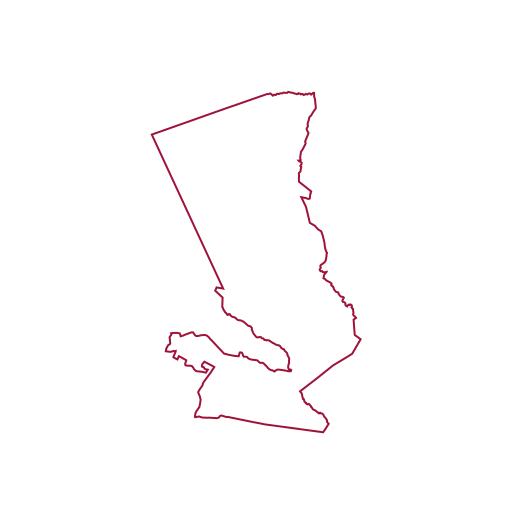 Buuri, Eastern, Kenya (Robinson projection), rotated 124°
{"feature_id": "3690345B42438423970575", "entity_name": "Buuri", "entity_type": "district", "adm_level": 2, "iso_a3": "KEN", "parent_name": "Kenya", "parent_adm1": "Eastern", "projection": "robinson", "projection_center": [37.421, 0.09], "detail": "fine", "context": "isolated", "style": "outline", "palette": "rose", "viewbox_px": 512, "rotation_deg": 124, "n_neighbors": 0, "source": "geoboundaries", "source_scale": "gbopen_adm2", "svg_char_len": 6135}
<svg xmlns="http://www.w3.org/2000/svg" viewBox="0 0 512 512"><g transform="rotate(124 256 256)"><path d="M364.6,101.8L361.1,101.7L354.5,101.9L354.0,103.9L353.7,104.5L353.1,104.7L352.7,105.0L352.0,106.3L351.8,107.1L351.4,107.8L351.1,109.4L350.5,110.5L350.0,111.2L349.6,112.9L349.8,113.6L350.2,114.0L350.1,115.3L351.2,115.6L351.4,116.1L351.1,116.7L351.1,118.3L351.0,118.8L350.9,120.1L351.0,120.6L351.1,122.1L351.3,123.2L350.5,124.7L350.3,126.0L349.9,126.2L349.1,129.0L349.2,129.7L349.8,129.9L350.2,130.2L350.3,131.9L349.7,132.3L349.9,133.0L349.6,134.5L348.5,135.6L347.9,136.5L348.2,137.2L347.2,138.1L346.3,139.4L344.6,140.8L344.3,141.4L344.1,142.3L343.6,143.8L322.1,136.7L303.5,130.9L289.6,124.4L283.2,121.6L266.5,122.7L266.3,127.2L266.3,129.7L265.5,130.6L254.2,139.5L253.6,139.4L251.4,138.4L251.1,138.8L251.1,139.5L250.8,140.4L250.7,141.7L250.4,142.5L249.9,143.0L249.4,143.1L248.5,143.5L246.5,145.3L246.1,145.5L245.6,146.0L245.7,146.8L245.2,147.3L245.2,148.1L243.7,148.6L243.4,149.0L243.3,150.6L243.8,151.1L244.4,151.1L244.5,151.9L246.3,152.5L246.8,152.3L246.9,153.3L246.7,154.2L246.4,154.7L245.7,155.0L245.3,155.4L245.0,156.0L245.0,157.6L245.4,158.2L245.2,158.9L244.7,159.4L244.0,159.6L241.5,159.8L241.3,160.4L241.4,161.3L242.1,162.7L242.1,163.7L241.3,166.2L240.3,167.2L240.3,167.9L240.7,168.6L240.9,169.1L240.9,169.8L240.6,171.2L239.8,173.1L239.0,173.7L238.8,174.5L238.4,174.9L238.2,175.4L238.4,176.6L238.3,177.1L237.9,177.5L237.0,177.6L236.5,178.2L236.4,180.0L236.7,181.6L236.8,183.4L237.0,184.2L236.6,185.2L236.5,186.0L236.7,187.1L236.6,187.8L235.9,187.9L234.3,188.7L233.0,189.0L231.1,188.8L230.4,188.6L229.8,188.7L231.3,190.2L232.0,191.8L231.6,192.8L232.4,193.8L232.3,194.7L231.9,195.4L231.4,195.7L229.5,195.7L228.6,196.9L228.1,197.2L227.1,197.2L225.2,196.4L223.0,195.7L220.7,195.7L217.0,197.3L215.3,198.4L213.7,198.8L213.6,199.4L213.2,200.1L212.5,200.7L211.8,202.1L209.6,204.3L207.0,206.4L204.1,209.5L201.5,212.4L199.1,215.7L199.2,219.5L198.6,222.1L198.0,223.9L198.4,229.9L187.4,241.9L181.9,251.3L180.2,247.4L179.5,244.8L179.2,244.2L178.5,243.6L177.9,243.7L174.7,245.5L173.2,245.7L172.8,246.2L171.6,246.4L170.4,261.8L168.4,263.4L165.2,265.3L163.8,266.6L162.6,266.8L161.6,266.4L160.9,266.5L158.4,267.7L156.8,268.3L156.8,269.2L156.4,269.7L154.6,269.6L153.3,270.2L153.0,270.8L153.3,273.5L153.1,274.1L152.0,272.7L151.5,272.6L150.1,274.1L148.5,275.1L145.6,276.4L144.6,277.0L142.2,276.9L135.7,277.6L134.6,278.0L133.8,279.1L133.3,279.4L125.4,281.0L124.8,281.2L124.3,281.7L124.1,282.6L122.5,285.0L121.9,285.3L119.3,285.5L117.7,287.1L113.0,288.6L112.0,289.1L110.7,289.3L108.7,288.9L104.3,289.1L100.2,289.0L98.6,290.1L92.9,294.9L92.0,296.0L91.3,297.0L89.8,298.0L88.3,299.1L88.7,299.8L89.6,299.9L90.2,300.2L91.2,300.4L91.4,300.9L91.0,301.5L91.1,302.1L91.4,302.6L92.3,303.5L93.4,303.8L93.8,305.5L94.6,305.6L95.9,306.5L95.7,307.2L95.7,308.0L96.1,308.6L96.6,308.8L96.9,309.2L96.7,310.0L97.3,311.7L97.9,311.6L98.1,312.1L99.0,312.6L99.4,314.2L99.7,314.7L100.2,316.9L101.2,318.8L101.6,320.3L102.0,321.1L103.3,321.4L103.8,322.0L105.2,324.6L106.5,325.2L106.9,325.7L107.2,326.4L108.4,327.5L108.9,327.6L109.3,328.2L109.5,329.0L110.1,329.5L111.3,329.6L111.7,330.0L112.2,331.2L113.6,331.6L113.7,332.3L113.4,332.8L113.3,333.4L113.2,334.8L113.6,335.4L114.6,336.0L115.7,337.5L150.8,363.8L213.6,410.3L301.4,265.0L304.1,271.1L307.6,270.4L309.1,260.5L317.2,255.4L317.4,254.7L318.6,253.1L318.8,252.4L319.1,252.0L319.1,251.4L319.6,250.8L320.0,249.9L320.0,248.8L320.6,247.5L320.8,246.7L320.4,246.3L319.9,246.4L319.4,246.2L318.9,244.9L319.4,244.4L319.7,242.1L319.4,240.7L318.9,239.9L318.8,239.4L318.8,238.0L319.2,236.7L319.1,234.9L317.8,232.3L317.7,230.7L317.4,230.0L317.7,227.2L318.2,223.5L318.0,222.8L317.6,222.2L317.5,221.1L317.9,219.3L318.6,218.7L319.5,218.3L319.7,217.6L320.8,216.2L321.6,214.9L322.0,213.7L323.0,210.4L322.8,209.3L321.1,207.7L320.5,206.3L320.9,205.6L320.8,204.8L320.4,204.1L320.4,203.3L320.8,202.5L320.7,201.7L320.2,201.0L320.1,200.2L319.5,199.7L319.3,199.0L318.7,198.1L318.7,193.6L318.4,192.2L318.4,190.5L318.0,188.6L317.3,187.1L317.2,186.6L317.2,185.9L318.0,183.8L318.1,182.9L318.1,181.5L317.7,180.7L318.5,179.2L318.8,177.3L319.1,176.1L320.0,174.8L320.5,174.6L322.3,171.2L324.7,169.9L325.7,169.0L329.4,167.7L330.8,166.7L330.9,166.2L331.6,165.1L331.6,164.5L330.8,163.8L330.7,163.2L332.0,162.7L333.0,164.0L333.8,165.5L333.8,166.0L336.2,171.1L337.4,173.5L337.9,174.3L338.5,174.9L340.5,176.0L341.0,175.9L341.5,176.2L341.6,178.6L342.3,179.8L342.4,181.5L342.2,183.5L341.7,184.8L341.4,186.1L341.3,187.2L340.9,188.5L340.8,190.8L342.2,192.7L342.3,193.9L341.8,196.1L341.9,196.8L343.1,199.4L343.9,200.7L345.0,203.5L345.2,205.4L344.8,206.5L344.8,207.1L345.1,207.9L346.3,210.0L345.7,211.2L344.8,212.2L344.1,213.4L344.2,214.0L344.7,215.2L345.1,215.5L348.8,214.3L350.6,217.4L353.7,224.7L354.0,226.0L354.8,227.8L350.6,246.3L350.6,247.0L349.7,249.8L349.5,252.0L349.7,253.4L350.2,254.4L351.2,255.7L352.3,257.1L354.8,259.4L355.8,260.9L355.8,262.1L354.5,265.5L355.6,267.0L360.6,270.6L362.9,272.0L364.7,273.6L363.1,275.4L362.8,276.0L364.1,278.8L366.5,282.2L367.6,283.2L368.6,282.1L371.4,282.3L371.9,282.1L373.1,280.8L373.8,280.5L376.0,278.5L376.4,278.3L377.0,278.1L377.7,278.2L378.6,278.9L380.2,278.9L383.2,278.5L385.4,277.5L383.8,274.2L383.2,273.3L382.0,272.1L381.4,271.8L381.0,271.3L380.7,270.6L379.6,269.5L380.4,269.1L386.0,268.0L386.1,266.8L385.7,263.3L383.6,263.7L382.1,263.9L381.4,255.8L381.7,255.3L384.7,254.6L385.8,253.7L386.0,253.2L385.2,251.4L383.5,248.8L383.1,247.7L383.7,245.5L384.4,244.3L384.6,243.5L384.9,241.4L384.7,240.7L382.5,236.7L380.7,232.3L377.2,232.4L378.3,235.1L378.1,235.9L377.4,237.1L377.5,237.7L377.9,238.4L377.9,238.9L377.5,239.3L376.7,239.8L375.7,240.0L372.5,239.7L371.4,230.0L371.4,228.5L377.9,228.4L389.7,228.9L391.8,228.6L393.0,228.0L398.1,228.1L400.8,227.9L401.5,227.6L403.4,224.6L406.0,221.6L408.6,220.3L412.8,218.5L418.0,218.6L420.1,218.3L423.4,216.8L423.7,216.3L420.9,213.5L420.1,210.6L419.7,209.8L417.5,206.2L416.2,204.4L412.6,198.2L412.0,197.4L410.6,196.5L408.6,196.3L407.5,195.4L406.1,190.5L405.8,190.1L405.3,189.7L395.1,165.0L393.5,161.4L390.5,154.2L364.6,101.8Z" fill="none" stroke="#9f1239" stroke-width="2"/></g></svg>